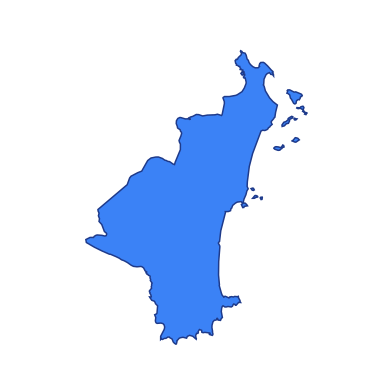 the district of Kiri Sakor, Kaôh Kong, Cambodia, rotated 200°
{"feature_id": "14789045B21288093424690", "entity_name": "Kiri Sakor", "entity_type": "district", "adm_level": 2, "iso_a3": "KHM", "parent_name": "Cambodia", "parent_adm1": "Kaôh Kong", "projection": "albers", "projection_center": [103.125, 11.088], "detail": "fine", "context": "isolated", "style": "filled", "palette": "blue", "viewbox_px": 384, "rotation_deg": 200, "n_neighbors": 0, "source": "geoboundaries", "source_scale": "gbopen_adm2", "svg_char_len": 6073}
<svg xmlns="http://www.w3.org/2000/svg" viewBox="0 0 384 384"><g transform="rotate(200 192 192)"><path d="M274.0,108.4L264.6,106.7L256.2,105.8L248.5,105.3L247.2,105.6L241.5,105.3L237.6,104.9L235.1,104.2L232.3,104.2L228.4,103.6L224.2,102.4L221.6,102.1L218.1,102.9L214.5,104.6L213.2,104.6L211.5,104.1L209.0,101.8L207.4,101.4L207.7,100.5L207.4,100.2L206.9,100.4L206.1,99.3L205.2,99.4L204.4,98.8L203.0,98.8L202.4,98.3L202.1,97.0L201.0,95.7L200.9,94.6L198.3,92.7L198.5,91.8L197.9,90.2L197.9,89.0L197.1,87.8L198.2,84.4L197.8,83.6L197.1,83.3L196.9,82.4L195.7,81.5L194.4,79.6L194.8,79.1L196.0,78.9L195.7,78.6L192.8,76.5L190.2,76.5L189.2,75.9L188.0,74.5L185.4,73.3L183.5,66.3L183.7,65.3L185.1,63.9L183.1,61.6L182.4,58.6L181.8,57.5L181.0,56.8L179.9,56.6L176.4,58.2L174.3,58.4L172.8,57.6L171.5,55.8L171.1,53.5L172.1,45.7L171.0,42.6L170.5,43.6L170.3,43.3L169.2,43.4L168.0,44.9L166.4,45.6L165.1,47.4L163.7,47.9L163.1,47.5L160.4,47.0L158.4,44.7L156.7,43.8L155.1,43.5L154.7,43.9L155.0,46.5L155.3,46.9L154.0,50.2L152.9,51.2L150.8,52.4L147.1,52.8L147.0,54.7L145.2,56.5L141.9,56.7L137.7,55.1L137.8,55.8L138.5,56.5L139.5,58.6L139.3,60.8L138.2,61.1L137.9,61.9L138.5,62.9L138.0,65.3L135.7,65.3L134.7,63.5L133.4,63.6L131.9,64.5L127.1,65.6L126.1,65.2L127.2,65.1L127.3,64.6L126.9,64.1L123.9,64.2L123.6,65.0L123.9,66.0L125.1,67.7L125.0,68.1L126.9,71.4L127.6,73.6L127.9,77.2L127.1,79.2L126.1,79.6L124.9,80.6L125.4,81.5L125.2,81.9L124.3,81.5L123.6,80.6L121.3,81.1L121.2,83.2L120.5,84.4L123.6,89.7L124.4,93.0L124.4,94.8L123.9,95.7L121.7,95.2L120.1,95.9L119.1,96.7L115.8,97.4L114.9,98.5L114.8,100.2L114.5,101.0L113.1,101.1L112.5,100.4L111.8,100.7L110.4,104.2L108.5,104.8L109.6,105.7L109.8,106.5L112.5,108.8L112.4,109.2L112.9,109.8L113.4,109.2L116.1,108.5L117.2,107.5L119.1,107.2L120.1,106.6L120.4,105.9L120.7,106.1L121.2,105.1L124.9,105.4L125.6,105.1L126.1,104.1L128.5,105.5L129.8,107.0L134.4,113.4L134.5,114.2L138.7,123.1L143.1,135.7L147.1,150.1L147.6,151.0L149.7,152.9L149.8,153.6L149.2,154.9L151.7,165.4L153.6,184.7L153.9,185.0L151.1,186.1L149.4,187.6L149.7,189.9L149.2,190.4L149.2,193.3L147.4,196.4L146.0,198.0L142.7,199.7L141.2,199.2L140.6,198.1L141.3,197.1L139.0,194.7L138.0,195.2L137.9,196.4L135.1,198.0L136.3,198.9L138.2,199.7L139.5,199.2L140.4,200.3L140.7,203.1L140.4,207.9L140.8,211.8L140.3,214.2L142.1,216.1L143.5,220.6L146.9,235.6L148.2,248.9L148.0,272.9L146.7,274.2L144.6,274.7L142.9,276.2L142.2,277.4L142.2,278.4L141.1,279.9L141.1,280.5L139.8,283.0L141.2,284.2L141.6,285.5L140.3,288.8L140.1,290.1L139.7,290.6L140.7,295.5L141.5,302.9L146.8,304.6L151.3,307.0L157.6,312.1L160.4,316.1L161.6,317.0L161.4,317.5L162.9,322.6L162.6,327.2L161.8,329.0L160.1,330.7L158.2,329.5L156.5,329.9L155.1,329.0L155.8,330.6L157.4,331.8L156.8,332.5L157.4,333.0L159.2,333.7L164.2,336.4L167.9,338.0L169.4,338.2L171.7,337.2L171.8,336.6L172.3,336.0L172.1,333.5L171.5,333.1L172.4,331.3L175.1,330.3L177.8,330.6L180.7,331.8L182.7,333.2L184.1,335.0L185.7,335.8L187.9,339.1L189.6,340.6L192.2,340.3L193.2,341.2L194.6,341.4L194.6,340.7L192.9,339.2L192.8,337.5L194.5,334.2L194.6,332.4L195.2,331.7L195.8,331.9L196.4,330.2L195.0,327.9L194.0,327.4L193.7,326.4L192.3,326.5L191.0,326.0L190.1,326.3L189.3,325.1L188.4,324.7L188.6,323.6L186.0,324.0L185.7,323.4L186.1,322.7L185.7,322.4L185.1,322.8L184.5,322.8L184.0,322.4L183.9,321.3L184.3,321.2L185.5,321.7L186.3,321.3L186.6,320.1L184.8,319.0L183.5,320.5L183.2,320.3L182.8,320.6L182.4,319.9L182.8,319.3L182.6,318.3L183.0,317.6L182.1,316.9L181.0,317.3L178.7,313.8L178.3,312.5L178.4,307.6L179.3,303.4L182.7,298.9L183.9,297.8L189.5,294.5L194.1,292.8L195.0,291.6L195.1,291.0L192.6,288.1L191.8,286.1L190.2,275.2L190.4,274.0L194.7,273.8L196.8,272.4L203.9,269.5L208.0,267.1L212.2,267.0L214.5,266.3L217.1,263.4L219.4,261.7L219.6,261.1L218.6,259.7L219.0,259.4L219.4,259.3L220.5,260.3L221.0,259.3L223.3,258.4L228.1,258.1L229.1,257.7L230.5,256.2L231.0,253.6L230.2,250.9L228.3,248.7L227.5,247.3L226.5,246.9L224.5,246.5L223.6,245.2L222.5,244.6L221.8,243.6L221.6,241.1L221.8,236.0L220.9,234.6L219.3,233.1L217.4,227.8L218.0,214.3L217.8,211.8L219.4,211.8L223.5,212.9L225.2,212.5L227.0,212.8L228.5,212.6L231.2,213.4L235.5,213.4L238.1,212.4L242.2,209.9L244.4,206.4L246.4,194.4L249.6,191.6L254.7,186.0L255.4,183.9L255.4,176.7L274.4,143.4L273.8,142.1L272.1,140.3L271.8,137.6L269.8,135.3L269.3,132.5L265.7,130.6L260.8,124.9L258.5,124.1L257.8,123.4L257.7,121.7L258.8,120.8L261.7,120.5L266.4,119.2L267.4,118.5L268.7,116.9L269.0,115.6L272.2,114.5L275.5,111.0L274.0,108.4ZM133.4,316.6L131.6,313.9L130.2,313.1L126.8,310.1L125.4,309.9L124.6,310.9L125.0,313.5L124.0,315.0L123.3,315.4L122.8,315.3L122.4,316.8L122.6,318.2L122.1,319.3L121.6,319.3L121.4,320.4L122.5,321.3L123.4,321.4L128.7,321.6L130.2,320.8L135.1,321.4L136.9,320.7L137.2,319.8L136.6,319.4L136.6,317.3L135.3,317.3L133.4,316.6ZM129.6,288.9L130.4,285.7L129.7,284.4L127.8,285.8L126.7,288.4L124.9,289.5L124.6,292.3L125.2,292.9L124.8,293.9L122.8,296.0L123.0,297.2L124.2,297.2L126.1,295.0L126.8,293.9L126.4,292.9L127.8,290.4L129.6,288.9ZM128.7,260.5L125.3,260.6L123.7,261.4L123.6,262.2L122.4,263.6L122.3,264.5L120.9,265.8L121.8,267.1L122.8,267.2L123.3,264.7L124.4,264.0L126.3,263.9L128.6,263.3L129.4,262.7L130.1,261.4L130.0,261.0L128.7,260.5ZM115.5,274.2L112.2,274.1L111.3,274.5L109.0,277.7L111.0,278.7L113.2,278.5L113.7,278.1L114.6,275.3L115.5,274.5L115.5,274.2ZM119.5,308.0L122.3,307.2L122.3,306.7L120.8,306.6L118.9,307.7L115.6,307.2L115.7,309.6L116.7,310.5L117.2,310.5L118.8,309.4L119.5,308.0ZM130.8,210.6L131.7,210.1L132.9,206.8L131.3,207.4L129.8,209.0L128.6,209.7L128.7,210.2L129.1,210.5L130.8,210.6ZM136.4,216.4L137.7,215.4L136.1,214.3L134.9,214.4L134.2,215.3L135.5,216.5L136.4,216.4ZM124.2,211.2L125.5,210.7L125.9,209.8L124.5,208.5L123.7,209.0L124.0,210.8L124.2,211.2ZM114.0,305.2L113.0,304.9L112.6,304.4L112.8,303.7L111.8,303.6L111.3,303.8L111.5,304.3L110.9,305.3L111.1,305.7L113.4,305.6L114.0,305.2ZM121.1,295.6L120.6,295.0L119.8,294.8L118.7,295.7L118.4,296.6L119.6,296.3L120.8,296.5L121.1,296.3L121.1,295.6ZM115.6,305.7L114.4,305.8L114.3,306.2L115.0,306.7L115.5,306.6L115.6,305.7Z" fill="#3b82f6" stroke="#1e3a8a" stroke-width="1.5"/></g></svg>